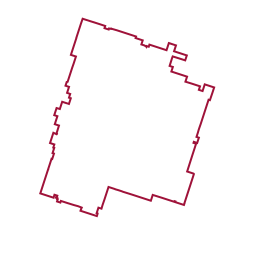 outline of Moora, Western Australia, Australia, rotated 18°
{"feature_id": "25037944B54845573421137", "entity_name": "Moora", "entity_type": "district", "adm_level": 2, "iso_a3": "AUS", "parent_name": "Australia", "parent_adm1": "Western Australia", "projection": "albers", "projection_center": [116.192, -30.512], "detail": "fine", "context": "isolated", "style": "outline", "palette": "rose", "viewbox_px": 256, "rotation_deg": 18, "n_neighbors": 0, "source": "geoboundaries", "source_scale": "gbopen_adm2", "svg_char_len": 2998}
<svg xmlns="http://www.w3.org/2000/svg" viewBox="0 0 256 256"><g transform="rotate(18 128 128)"><path d="M51.0,43.4L51.0,57.3L51.0,58.2L51.1,58.3L51.1,58.5L51.1,61.9L51.1,72.1L51.1,76.1L52.7,76.1L56.4,76.1L56.4,83.7L56.3,87.9L56.3,91.9L56.3,102.7L55.5,103.2L55.5,107.1L59.2,107.1L59.2,109.2L59.2,113.4L62.5,113.5L62.5,117.4L64.4,117.4L64.4,123.4L57.3,123.4L57.3,131.0L53.9,131.1L53.9,138.6L57.2,138.6L57.2,147.0L61.6,147.0L61.7,155.2L61.7,155.3L62.2,155.4L62.2,155.8L62.1,156.0L61.8,156.0L61.7,156.0L61.5,155.9L61.3,155.9L60.5,155.8L58.5,155.6L58.5,162.6L58.5,166.4L63.0,166.4L63.0,169.7L64.0,169.7L64.0,175.2L65.5,175.2L65.5,180.9L64.8,180.9L64.8,188.6L64.8,192.2L64.9,192.3L64.8,192.5L64.8,192.9L64.8,197.4L64.8,200.8L64.8,201.0L64.8,209.5L64.8,211.4L64.8,211.6L64.8,212.9L64.8,216.6L64.8,217.3L74.6,217.3L78.7,217.3L78.7,214.2L81.7,214.2L81.7,215.4L81.7,215.5L81.0,215.5L81.0,216.6L82.6,216.6L82.6,217.6L83.2,217.6L83.2,218.7L83.2,219.8L86.7,219.8L86.7,218.1L93.6,218.1L100.5,218.0L104.7,217.8L108.6,218.0L108.5,218.9L108.5,219.0L108.4,219.0L108.4,221.4L111.1,221.4L114.5,221.4L118.0,221.4L118.5,221.4L122.4,221.4L125.6,221.4L125.6,219.8L125.5,218.7L124.5,218.7L124.5,217.6L124.5,212.9L127.7,212.9L127.6,208.9L127.7,202.9L127.7,197.6L127.7,190.1L134.4,190.1L134.7,190.2L135.0,190.2L137.8,190.1L139.4,190.1L141.5,190.1L142.9,190.2L152.3,190.1L155.1,190.1L156.2,190.1L159.1,190.1L168.3,190.1L169.8,190.1L172.2,190.1L172.2,188.9L172.2,184.0L181.2,183.9L184.2,183.9L185.3,183.9L187.4,183.9L192.8,183.9L194.9,183.9L194.9,183.2L195.8,183.2L195.8,183.9L197.7,183.9L205.0,183.9L205.0,182.6L205.0,182.4L204.9,182.4L204.9,181.3L204.9,180.5L204.9,171.2L204.9,168.0L204.9,162.5L204.9,157.5L204.9,154.4L204.9,151.5L204.8,151.3L204.7,151.2L204.3,151.1L201.8,151.1L199.2,151.1L197.7,151.1L197.7,149.9L197.6,133.9L197.6,127.6L197.6,127.4L197.6,126.7L197.6,124.5L197.6,122.4L197.6,122.1L197.6,121.9L194.9,121.9L194.9,120.8L198.4,120.9L198.4,115.6L198.4,115.3L195.9,115.3L195.9,115.2L195.9,113.6L195.9,110.9L195.8,108.5L195.8,106.2L195.9,101.6L195.9,94.4L195.9,93.6L195.9,90.1L195.9,82.4L195.9,76.2L197.3,76.2L197.4,68.5L197.4,62.8L195.6,62.8L194.9,62.8L194.5,62.8L194.4,62.8L194.1,62.8L193.9,62.8L190.7,62.8L187.5,62.8L187.5,63.0L187.5,66.5L187.5,69.8L183.6,69.8L183.6,66.1L179.3,66.1L174.8,66.1L168.3,66.2L168.3,60.9L165.8,60.9L156.1,60.9L151.8,60.9L151.8,57.5L151.8,56.1L148.4,56.1L148.3,48.0L148.4,46.1L158.3,46.0L161.5,46.0L161.5,40.8L159.1,40.8L157.9,40.8L148.1,40.8L148.1,34.6L147.6,34.6L147.2,34.6L145.7,34.6L140.6,34.6L140.6,42.1L140.4,42.1L137.8,42.1L130.1,42.1L124.4,42.1L122.6,42.1L122.6,44.3L120.4,44.3L120.4,45.1L120.1,44.9L118.1,44.4L114.9,44.4L114.9,40.1L111.3,40.1L107.4,40.1L107.4,38.5L99.4,38.5L98.8,38.5L98.6,38.5L97.8,38.5L90.0,38.5L87.2,38.5L81.5,38.7L81.4,38.6L81.2,38.6L81.1,38.8L81.1,39.0L79.2,39.2L79.2,39.3L79.2,39.5L79.2,39.9L79.2,40.0L79.2,40.3L77.9,40.3L74.8,40.3L74.8,38.0L70.9,38.0L66.2,38.0L55.0,38.1L51.1,38.1L51.0,43.4Z" fill="none" stroke="#9f1239" stroke-width="2"/></g></svg>